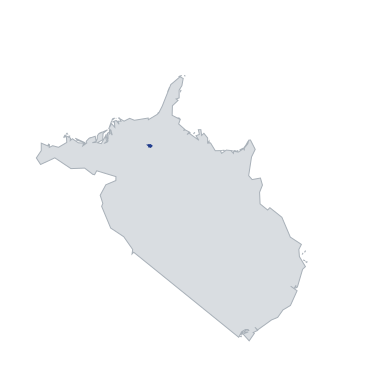 Cherokee, North Carolina, United States of America shown in context, rotated 219°
{"feature_id": "52423323B12938899253379", "entity_name": "Cherokee", "entity_type": "district", "adm_level": 2, "iso_a3": "USA", "parent_name": "United States of America", "parent_adm1": "North Carolina", "projection": "equal_earth", "projection_center": [-84.069, 35.14], "detail": "fine", "context": "in_parent", "style": "filled", "palette": "blue", "viewbox_px": 384, "rotation_deg": 219, "n_neighbors": 0, "source": "geoboundaries", "source_scale": "gbopen_adm2", "svg_char_len": 4262}
<svg xmlns="http://www.w3.org/2000/svg" viewBox="0 0 384 384"><g transform="rotate(219 192 192)"><path d="M300.8,134.0L320.1,132.2L327.0,118.1L334.4,120.5L335.2,129.3L339.9,135.1L332.7,137.2L332.4,138.9L331.0,136.8L329.4,140.3L323.9,142.7L320.5,151.7L324.0,155.5L326.1,155.1L325.5,153.4L326.2,154.2L326.5,156.1L320.3,157.4L319.0,155.3L318.5,158.1L311.3,158.7L306.0,162.4L306.4,160.3L305.9,159.0L304.6,163.9L306.1,164.8L305.8,168.9L302.3,174.4L298.3,171.0L300.5,167.6L298.0,170.0L299.1,173.7L300.8,175.9L301.2,178.3L296.8,187.2L298.0,181.6L294.3,176.4L296.5,170.8L292.9,172.5L294.4,180.7L290.8,178.2L289.6,178.5L290.7,175.9L290.6,175.1L289.4,177.1L289.4,178.9L294.9,182.0L293.7,183.5L291.2,180.6L290.3,180.1L293.4,183.6L294.7,184.3L294.0,186.4L292.3,184.7L295.0,187.9L294.3,188.3L293.1,186.7L289.8,186.0L293.9,189.0L296.5,188.9L299.2,196.6L296.8,190.7L297.6,194.5L292.7,193.7L296.3,197.5L298.0,196.4L295.9,199.9L291.3,198.7L294.1,200.5L291.7,202.2L294.6,203.5L289.4,204.3L286.8,210.0L281.9,211.5L272.6,221.9L271.4,220.7L267.9,230.3L267.6,232.7L269.2,240.1L276.1,262.2L273.8,274.0L270.3,274.7L266.8,268.3L266.1,263.1L261.2,257.0L262.9,254.3L260.5,254.4L261.5,246.7L255.7,239.1L246.8,240.9L245.2,236.5L236.4,236.1L237.6,234.4L236.0,236.1L232.0,236.9L232.0,233.5L231.3,235.9L219.2,236.5L224.3,238.2L222.5,241.4L226.3,244.4L224.3,246.0L220.1,242.0L219.7,245.1L213.8,243.8L210.6,239.8L208.5,241.8L199.9,238.7L194.7,243.1L196.0,241.9L193.3,240.7L191.7,246.2L186.3,249.7L187.6,248.6L184.1,248.1L185.2,249.9L181.1,252.2L179.2,258.3L177.4,257.3L179.0,259.0L179.0,264.6L180.5,268.0L179.3,269.2L169.7,264.9L167.8,256.7L158.3,240.4L153.1,239.5L147.6,245.9L141.6,241.7L139.3,234.3L131.6,225.6L121.9,225.6L121.6,228.8L106.2,228.9L87.2,218.8L74.0,220.1L72.8,214.6L67.9,209.4L56.9,205.4L57.4,201.5L50.3,184.5L50.9,182.7L52.5,184.9L51.9,181.2L56.1,180.9L48.2,181.4L44.1,165.8L47.1,157.6L46.5,148.5L49.7,142.6L54.2,126.1L58.0,126.5L53.9,125.7L56.0,121.3L54.6,121.4L53.9,112.3L63.0,113.8L60.2,118.6L63.9,115.2L62.8,119.2L60.3,120.2L61.9,120.4L64.0,118.7L65.5,114.6L64.3,108.5L199.4,108.5L199.6,106.1L201.9,110.0L216.9,114.3L232.5,112.8L253.2,124.0L254.1,127.0L261.3,131.7L263.5,143.4L258.4,153.0L260.8,156.1L279.4,148.5L278.6,144.1L280.2,143.3L290.5,143.0L300.8,134.0ZM313.5,160.8L316.6,160.3L305.8,163.1L314.7,159.6L313.5,160.8ZM64.2,112.3L64.9,114.8L64.7,115.2L63.4,113.3L64.2,112.3ZM180.4,267.0L179.3,262.1L179.5,259.3L179.6,262.2L180.4,267.0ZM333.4,137.6L333.5,138.9L333.0,138.6L333.4,137.6ZM210.6,241.2L210.8,242.3L209.9,241.4L210.6,241.2ZM60.8,209.8L62.2,209.2L62.3,209.3L60.8,209.8ZM59.4,209.4L58.8,210.1L58.5,209.5L59.4,209.4ZM323.1,157.6L322.3,158.5L322.1,158.2L323.1,157.6ZM180.4,256.7L179.5,258.9L181.5,254.6L180.4,256.7ZM274.1,254.8L275.4,259.2L273.8,254.4L274.1,254.8ZM67.1,213.3L67.5,214.5L67.0,213.4L67.1,213.3ZM274.3,274.6L273.2,276.1L275.0,273.1L274.3,274.6ZM299.7,199.2L298.6,200.8L299.4,197.0L299.7,199.2ZM63.3,110.2L63.2,111.0L62.7,110.6L63.3,110.2ZM185.2,250.8L183.3,251.8L185.3,250.5L185.2,250.8ZM326.1,158.0L326.1,159.0L325.2,158.7L326.1,158.0ZM66.7,216.5L66.9,217.9L66.5,216.7L66.7,216.5ZM182.8,252.6L182.0,253.2L182.7,252.3L182.8,252.6ZM300.7,180.0L299.5,182.2L300.9,179.2L300.7,180.0ZM194.1,244.0L192.8,244.9L194.6,243.4L194.1,244.0ZM268.2,231.4L267.9,233.2L267.8,232.0L268.2,231.4ZM295.1,203.8L294.7,204.1L295.9,202.8L295.1,203.8ZM250.0,240.5L248.5,241.4L247.9,241.3L250.0,240.5ZM231.4,236.5L231.2,236.9L230.3,236.8L231.4,236.5ZM264.5,263.2L264.7,264.5L264.2,263.0L264.5,263.2ZM227.5,239.0L227.3,240.2L227.3,238.1L227.5,239.0ZM271.0,277.8L270.1,277.9L271.3,277.5L271.0,277.8ZM305.5,169.7L305.0,170.7L305.7,169.2L305.5,169.7ZM297.6,201.2L297.1,201.6L297.6,201.2Z" fill="#d9dde1" stroke="#a8b0b8" stroke-width="1"/><path d="M253.3,202.5L253.9,202.5L254.0,202.5L254.1,202.4L254.3,202.2L254.2,202.1L254.3,202.0L254.4,201.9L254.5,201.9L254.6,201.7L254.8,201.6L254.8,201.4L255.0,201.4L255.4,201.3L255.5,201.1L255.6,200.8L255.7,200.7L255.4,200.7L255.2,200.7L254.9,200.6L254.7,200.7L254.6,200.8L254.5,200.7L254.3,200.9L254.2,200.9L254.0,200.6L253.9,200.3L253.7,200.5L253.4,200.6L253.2,200.7L252.9,200.7L252.7,200.6L252.5,200.8L252.4,201.1L252.4,201.5L252.4,201.8L252.3,202.5L253.3,202.5L253.3,202.5Z" fill="#3b82f6" stroke="#1e3a8a" stroke-width="1.5"/></g></svg>